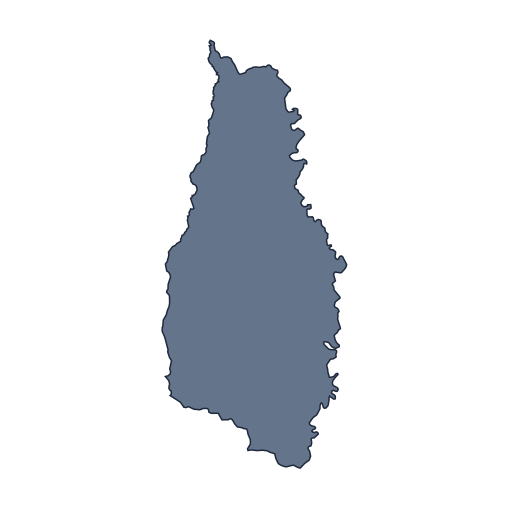 outline of Santa Rita do Trivelato, Mato Grosso, Brazil, rotated 33°
{"feature_id": "56859067B5892381335106", "entity_name": "Santa Rita do Trivelato", "entity_type": "district", "adm_level": 2, "iso_a3": "BRA", "parent_name": "Brazil", "parent_adm1": "Mato Grosso", "projection": "orthographic", "projection_center": [-55.302, -13.782], "detail": "fine", "context": "isolated", "style": "filled", "palette": "slate", "viewbox_px": 512, "rotation_deg": 33, "n_neighbors": 0, "source": "geoboundaries", "source_scale": "gbopen_adm2", "svg_char_len": 6146}
<svg xmlns="http://www.w3.org/2000/svg" viewBox="0 0 512 512"><g transform="rotate(33 256 256)"><path d="M223.7,373.8L233.5,382.7L234.0,384.3L235.7,385.8L238.9,388.3L242.2,389.9L245.1,397.7L246.9,399.1L248.3,401.3L247.5,404.4L245.6,406.4L250.7,408.0L253.4,410.5L253.8,412.2L255.2,414.6L257.2,415.5L258.4,415.5L259.2,416.5L260.3,418.3L259.9,419.8L272.4,419.8L277.8,422.1L279.8,421.3L281.4,419.1L287.3,418.3L292.6,415.6L294.9,412.5L297.3,410.9L298.7,410.4L299.8,410.7L301.6,412.6L304.2,412.3L309.4,408.8L310.3,408.6L316.6,412.0L321.7,408.6L323.3,406.3L324.6,406.1L326.8,406.9L329.3,408.3L333.4,409.5L338.0,407.6L339.6,407.5L342.1,406.2L343.6,406.9L346.4,409.8L351.2,413.1L352.9,415.4L353.7,416.9L353.9,422.3L355.2,423.5L357.8,421.1L362.8,418.7L367.0,415.5L371.4,413.3L374.1,413.1L379.4,411.6L382.8,414.9L386.8,417.4L388.1,418.0L391.5,417.8L395.4,416.8L396.9,415.7L399.6,412.6L401.5,411.0L406.4,410.5L408.6,409.8L409.8,403.3L411.8,398.2L410.8,394.1L407.1,390.4L404.9,389.5L403.9,387.9L404.4,386.5L405.4,385.6L405.3,384.3L404.3,382.1L401.9,379.4L402.2,378.0L403.9,376.8L405.2,371.4L404.3,370.6L403.1,370.4L402.1,370.9L401.2,372.2L399.5,372.7L398.2,372.4L398.1,371.1L399.6,369.0L399.6,367.7L398.2,367.1L394.8,368.2L392.7,368.0L391.6,366.9L391.8,360.6L393.4,356.4L393.4,354.6L392.8,349.1L391.2,346.7L390.6,344.1L391.8,343.5L394.9,346.2L396.3,346.5L397.4,345.4L397.9,342.8L397.6,341.5L395.5,336.6L394.6,335.6L394.0,333.5L399.1,333.7L400.2,332.8L399.7,331.5L398.6,330.2L397.3,329.8L394.7,330.0L393.8,329.6L393.3,327.4L394.1,326.5L397.0,326.0L397.9,325.0L397.6,323.0L396.2,322.2L391.2,322.5L390.0,321.8L389.0,320.6L388.4,318.6L388.6,314.8L389.3,310.8L388.5,310.0L387.3,311.0L386.8,314.7L385.1,316.7L383.6,317.7L379.2,313.9L378.0,312.2L374.8,309.2L374.5,307.9L374.7,302.0L376.8,300.1L378.2,297.1L376.4,294.8L375.9,292.5L375.0,291.6L373.6,291.5L369.6,293.8L367.7,294.5L361.3,293.1L360.2,292.0L359.9,290.9L361.0,290.0L364.3,289.0L368.8,290.8L371.8,290.6L373.2,290.0L375.2,286.7L374.4,285.4L371.3,285.0L368.3,283.4L365.1,280.4L364.9,279.0L365.8,276.2L365.5,272.8L366.2,272.0L366.2,270.6L358.9,264.6L357.0,261.0L356.1,260.3L355.6,258.8L355.9,257.4L354.7,256.4L353.2,255.7L349.5,255.7L348.7,255.0L347.5,251.4L349.4,245.5L348.6,244.7L339.9,241.9L338.1,239.7L335.3,238.0L335.3,236.3L336.2,233.7L331.1,229.2L330.7,227.1L331.3,226.3L336.0,224.1L336.8,223.1L337.5,218.4L337.5,216.3L336.7,213.8L328.8,209.3L327.3,209.6L326.5,210.8L326.7,214.1L325.7,214.7L324.3,214.6L322.4,213.2L321.0,209.8L320.2,209.1L318.0,208.8L317.0,208.9L315.0,210.0L313.3,209.7L313.2,208.3L313.9,206.7L313.2,205.8L312.3,206.2L311.4,207.5L309.8,208.0L306.8,204.7L306.1,203.3L306.2,201.5L305.0,200.1L304.4,198.4L301.8,198.1L300.5,197.4L298.5,195.1L294.9,194.8L293.0,193.1L291.4,191.0L290.2,190.8L288.4,191.4L287.5,192.6L287.1,194.9L285.7,195.1L283.1,192.7L282.0,192.4L278.4,194.9L276.6,193.9L273.5,189.7L273.9,188.1L275.4,187.5L276.1,186.1L275.5,184.9L273.9,183.1L271.4,184.9L271.9,186.0L270.4,187.8L268.9,188.7L266.8,188.4L264.6,187.1L264.3,183.2L264.8,182.3L264.6,180.9L261.9,180.6L259.9,179.9L258.3,180.0L257.2,179.5L255.4,177.9L252.5,178.2L250.8,177.3L250.1,176.1L250.0,174.7L250.7,173.7L248.3,170.4L248.6,166.4L248.3,164.0L247.1,161.1L247.5,159.4L247.5,156.8L247.4,155.7L245.9,152.8L246.5,151.6L248.3,151.3L247.8,150.0L246.5,148.9L244.0,148.7L242.7,149.1L242.2,150.6L237.6,154.7L234.6,155.7L230.4,154.7L229.4,153.6L230.1,151.0L231.3,149.0L233.7,147.3L234.3,146.0L234.1,144.8L232.8,144.0L231.2,144.1L230.4,143.0L229.5,140.4L229.5,136.5L230.7,127.8L228.0,126.0L224.8,126.3L222.2,125.8L221.2,126.3L220.1,129.4L219.1,130.2L217.2,130.4L213.8,127.6L213.6,125.8L215.6,124.4L216.2,123.4L217.0,119.4L218.4,116.5L218.5,115.2L217.7,114.3L216.3,113.8L214.8,114.5L213.6,114.2L211.3,110.5L210.2,110.2L209.0,110.5L207.1,111.8L206.6,113.2L208.8,113.1L208.3,114.8L207.1,115.6L205.8,117.2L204.1,117.6L201.0,116.3L194.0,108.1L194.1,104.3L193.6,101.6L194.6,99.1L194.5,98.0L193.7,97.1L192.5,96.5L185.6,95.7L181.4,94.3L178.3,94.4L175.5,93.7L174.7,92.6L174.8,91.0L174.1,89.6L172.8,88.6L170.6,89.4L167.2,89.8L164.7,88.5L163.0,88.7L161.8,89.8L161.4,91.6L160.6,92.4L159.4,92.6L156.5,95.7L152.8,97.6L150.5,99.6L150.0,101.2L149.0,101.8L147.4,104.5L147.0,106.0L147.4,107.8L143.9,112.1L142.9,112.5L140.3,111.4L133.8,107.2L130.8,106.1L127.5,104.0L123.9,104.4L120.7,106.6L119.2,109.0L118.0,108.8L114.9,106.4L112.1,105.7L110.5,106.1L109.1,105.2L106.2,102.2L105.2,100.2L104.0,99.6L100.2,100.0L100.3,102.2L101.1,102.9L102.6,103.1L103.6,103.7L102.3,105.2L103.7,106.1L105.6,108.7L106.7,109.2L107.5,110.4L107.2,111.7L108.5,114.7L108.2,116.3L110.6,118.5L112.0,119.2L115.3,119.9L116.1,120.9L117.3,120.5L117.9,121.3L122.6,123.5L123.8,123.2L123.6,124.4L124.0,125.4L125.1,124.9L126.7,125.2L128.2,127.2L128.1,128.4L128.9,129.7L129.8,130.1L129.0,130.8L129.0,133.0L128.1,133.9L128.9,135.0L128.7,137.9L129.6,138.9L130.4,141.5L131.2,142.1L131.6,143.3L133.3,143.8L134.0,145.1L133.5,146.1L135.4,148.5L134.6,149.6L135.5,151.6L135.6,152.8L138.1,155.0L140.8,156.4L141.5,157.5L143.3,164.0L143.2,165.6L142.5,167.0L142.5,168.5L144.9,171.4L145.7,172.9L145.6,174.2L149.8,178.0L150.2,179.3L150.2,182.2L150.7,183.5L153.5,189.2L154.7,189.6L155.7,193.5L157.4,195.6L157.6,196.8L157.2,199.6L156.3,200.3L155.7,201.8L157.4,205.2L158.1,207.7L156.5,212.0L157.3,218.5L157.2,220.0L156.3,221.3L156.8,224.3L157.6,225.6L159.7,227.0L160.5,228.6L164.2,230.0L165.5,229.5L167.0,229.6L168.4,230.3L170.6,232.5L171.3,237.1L170.7,238.1L170.5,239.5L169.5,240.0L170.3,241.5L169.8,243.3L177.0,249.0L178.0,250.2L177.1,251.5L175.5,252.1L176.2,254.7L176.0,255.9L177.6,257.6L177.7,259.0L176.9,259.9L178.0,260.7L179.1,263.7L180.7,264.8L181.3,265.9L183.3,267.6L183.8,268.8L183.4,271.6L184.1,273.5L183.4,274.7L183.7,277.5L182.7,279.1L183.6,281.4L183.6,282.7L184.8,284.9L182.8,288.6L182.6,290.9L180.9,293.6L180.5,300.4L182.3,302.6L183.5,305.5L183.7,307.1L184.5,308.1L184.4,312.1L189.3,317.2L191.5,317.2L192.9,317.8L194.7,319.0L195.8,320.3L197.7,327.5L200.2,331.7L200.2,334.0L200.9,335.2L204.2,336.0L205.5,337.1L209.1,342.4L210.6,345.7L211.4,350.2L212.8,354.3L213.1,360.2L216.1,365.6L216.3,367.1L218.2,370.1L223.7,373.8Z" fill="#64748b" stroke="#1e293b" stroke-width="1.5"/></g></svg>